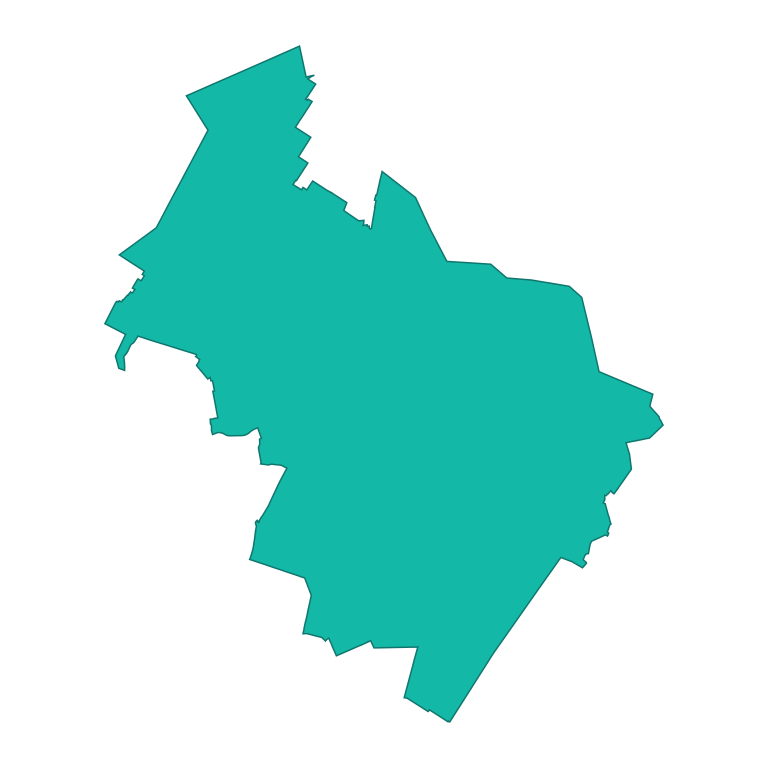 the district of Midden-Drenthe, Drenthe, Netherlands
{"feature_id": "6326949B32039619343175", "entity_name": "Midden-Drenthe", "entity_type": "district", "adm_level": 2, "iso_a3": "NLD", "parent_name": "Netherlands", "parent_adm1": "Drenthe", "projection": "orthographic", "projection_center": [6.517, 52.871], "detail": "fine", "context": "isolated", "style": "filled", "palette": "teal", "viewbox_px": 768, "rotation_deg": 0, "n_neighbors": 0, "source": "geoboundaries", "source_scale": "gbopen_adm2", "svg_char_len": 5790}
<svg xmlns="http://www.w3.org/2000/svg" viewBox="0 0 768 768"><path d="M119.3,254.9L144.3,271.1L142.6,273.8L142.2,274.3L144.3,275.8L141.1,280.8L138.0,278.9L137.9,278.9L137.4,279.6L134.0,285.3L132.4,288.1L134.9,289.4L132.6,292.8L132.4,293.0L130.7,292.1L130.5,291.9L129.2,293.8L129.1,293.7L128.0,295.4L127.6,295.1L126.4,296.4L123.1,300.1L122.7,299.9L121.5,301.9L119.2,300.8L118.5,302.0L117.0,301.3L116.5,301.5L115.6,302.7L104.9,323.7L125.6,334.4L125.1,335.4L115.4,355.9L118.8,368.3L124.6,370.4L124.6,370.0L124.7,366.9L124.6,365.4L124.5,363.2L124.4,361.7L123.9,357.6L123.7,357.0L123.7,356.7L123.9,356.4L124.3,355.9L125.2,355.0L126.0,354.0L126.4,353.5L126.8,352.9L127.9,351.1L128.1,350.6L128.3,350.2L129.0,348.6L130.6,345.2L130.9,344.8L131.1,344.5L131.3,344.3L133.3,342.9L133.8,342.5L134.1,342.1L135.5,340.0L138.0,336.1L151.5,340.5L163.5,344.2L196.2,354.4L196.5,355.9L195.7,356.5L199.6,359.5L199.1,360.0L199.0,360.5L198.8,361.9L198.6,362.4L198.0,362.9L197.7,363.7L197.4,364.2L196.6,365.0L196.5,365.5L204.5,375.0L206.2,377.1L207.8,379.0L210.2,377.5L210.9,380.8L212.5,380.7L213.5,385.5L213.4,385.4L214.5,390.9L212.8,391.2L215.2,403.7L215.9,407.7L216.2,409.3L217.8,417.9L214.2,418.4L213.8,418.5L213.5,418.8L213.4,418.9L210.7,419.2L210.2,419.1L210.1,419.3L210.6,422.7L210.4,422.7L210.5,424.0L210.8,424.6L211.1,424.9L211.5,425.4L211.5,426.4L211.4,426.9L211.5,427.5L211.5,430.9L211.7,431.4L211.8,431.5L212.0,432.7L212.6,434.5L213.1,434.3L213.8,434.1L215.9,433.2L217.1,432.8L217.7,432.7L218.4,432.6L219.5,432.6L220.2,432.6L221.1,432.8L221.8,433.0L222.6,433.2L223.0,433.4L225.8,434.9L226.6,435.3L227.3,435.5L228.2,435.7L228.9,435.7L230.0,435.8L241.9,435.6L243.4,435.4L244.3,435.3L245.3,435.0L246.3,434.6L247.0,434.2L247.7,433.8L248.6,433.3L250.4,431.7L251.0,431.2L252.5,430.2L254.1,429.3L255.1,428.8L256.6,428.2L257.7,427.8L261.4,438.3L259.6,439.1L259.5,439.3L259.8,444.1L258.6,447.1L258.4,447.8L261.1,462.8L260.6,463.9L268.0,464.9L268.8,464.9L269.3,464.8L271.0,464.2L271.6,464.2L281.0,465.2L282.5,465.9L283.9,466.6L286.9,468.2L286.6,468.8L285.6,470.7L285.0,471.7L284.8,472.1L282.9,475.7L282.1,477.1L279.5,482.1L278.4,484.4L276.0,489.4L275.3,491.1L274.1,493.5L271.6,498.8L268.6,505.4L267.7,507.0L266.6,508.9L262.7,515.3L261.3,517.5L261.2,517.4L260.0,519.4L259.2,521.0L259.2,521.5L259.0,521.3L258.6,522.3L258.1,521.9L257.8,521.5L257.6,521.5L257.9,521.2L257.5,520.7L257.2,520.3L256.4,521.1L255.6,522.1L255.5,522.4L255.5,522.7L255.5,523.0L255.5,523.3L255.5,523.5L256.0,524.7L256.3,525.6L256.4,526.0L256.2,526.1L256.3,526.7L256.2,527.7L255.4,531.3L255.7,531.4L255.3,533.2L255.1,534.3L254.9,536.4L254.7,538.0L254.6,538.8L253.6,545.0L253.3,547.2L252.9,549.2L251.9,552.8L251.3,554.8L250.8,556.4L250.3,557.7L249.6,559.4L304.7,578.0L311.3,595.3L309.0,606.0L308.0,610.3L307.3,614.0L306.5,617.8L306.1,619.5L305.6,621.1L304.0,628.6L304.1,628.9L303.0,633.8L303.5,633.8L305.9,633.6L306.8,633.6L312.7,635.1L314.4,635.6L322.0,637.5L322.3,637.7L322.3,638.0L325.3,640.8L325.4,641.0L327.2,639.1L328.7,638.2L329.0,638.6L329.1,638.9L330.5,642.2L330.6,642.4L331.9,645.2L332.3,646.4L336.4,655.8L359.1,645.9L360.4,645.4L360.8,645.3L370.7,640.7L374.0,647.9L413.3,647.1L413.5,647.2L417.8,647.0L416.3,652.4L413.9,661.1L412.9,665.1L404.2,697.7L406.6,698.1L407.1,698.2L407.6,698.5L428.1,711.5L428.3,711.5L428.4,711.4L429.4,709.8L448.0,721.8L448.5,721.1L449.8,721.9L493.2,653.6L531.3,599.3L538.4,589.2L560.1,558.5L560.9,557.5L570.6,561.2L571.3,561.3L582.5,567.8L586.9,562.7L586.8,562.8L586.7,562.8L583.4,559.9L583.2,559.7L584.7,555.9L586.2,553.9L588.4,553.6L590.0,545.0L590.1,544.7L590.2,544.1L591.6,541.2L600.9,537.0L604.5,535.3L605.2,535.1L605.7,535.0L607.4,536.0L607.6,535.4L607.9,535.4L608.0,535.0L608.6,533.5L608.6,533.3L608.7,533.1L608.5,532.8L608.1,532.6L607.3,532.1L607.9,530.5L608.2,529.6L608.3,529.4L609.5,525.8L609.8,525.2L610.3,524.3L611.0,524.1L610.7,523.3L610.0,521.0L609.8,520.3L609.4,518.6L609.1,517.5L607.9,513.9L607.3,511.6L605.2,503.7L603.3,503.0L604.2,500.5L604.3,500.5L604.6,500.4L604.9,498.7L604.9,498.4L604.7,497.8L604.8,495.5L604.8,495.4L605.1,495.6L606.3,495.6L606.4,495.4L606.5,495.2L607.8,494.0L608.3,493.7L608.7,493.2L610.9,490.7L611.1,491.0L611.4,491.3L612.0,492.2L612.5,492.8L613.0,493.2L614.0,493.8L617.3,489.4L617.2,489.4L620.9,484.2L631.4,469.2L629.5,454.1L626.9,445.6L626.5,444.1L626.0,442.7L649.6,438.0L663.1,425.1L662.9,424.9L662.4,424.0L661.0,420.9L660.3,419.9L659.9,419.4L659.5,418.8L659.4,418.4L659.3,418.0L659.1,416.8L657.2,414.6L649.8,406.3L652.8,394.2L643.9,390.5L630.1,384.7L599.1,371.7L598.9,371.0L598.0,366.9L592.4,341.7L590.7,334.2L589.0,327.4L581.7,297.4L569.2,286.3L531.3,280.0L514.0,278.6L506.8,278.0L492.1,265.4L490.9,264.3L490.7,264.2L446.9,261.4L438.4,245.1L430.9,230.7L426.6,221.6L425.7,219.6L422.8,213.4L417.4,201.5L415.5,197.5L382.1,171.5L381.9,172.5L379.8,181.1L379.1,184.5L379.0,184.9L378.1,188.8L377.2,193.1L376.8,194.4L376.6,195.2L376.1,195.0L375.9,195.0L374.5,200.1L376.0,200.7L374.7,207.3L375.0,207.4L374.4,210.6L373.4,216.5L372.1,224.1L371.5,228.6L369.5,228.7L369.2,226.1L367.3,226.3L367.2,224.8L363.1,225.4L363.5,224.8L363.6,224.5L363.6,224.2L363.9,220.3L363.3,220.4L359.2,220.8L358.9,221.0L343.8,210.6L346.8,202.6L332.3,193.3L332.4,193.2L330.8,192.2L330.6,192.5L328.2,190.9L328.1,191.0L327.9,190.9L312.7,181.0L306.8,189.9L303.0,187.4L301.4,189.8L296.9,186.9L296.8,187.0L293.0,184.5L295.8,180.2L296.5,180.6L297.1,179.6L306.5,165.2L307.9,163.0L298.5,156.8L310.8,137.3L295.4,127.3L299.8,120.4L300.9,118.8L303.0,115.7L312.1,101.6L308.1,99.1L307.3,100.3L305.5,99.2L307.2,96.7L307.4,96.8L308.5,95.1L315.7,84.1L311.2,81.2L307.7,78.9L308.2,78.6L310.7,77.1L311.3,76.4L312.5,76.1L313.6,75.6L314.3,75.2L306.1,77.0L299.5,46.1L242.8,71.1L186.4,95.8L208.0,130.2L182.3,178.7L182.0,179.3L172.5,197.0L156.3,227.8L119.3,254.9Z" fill="#14b8a6" stroke="#0f766e" stroke-width="1.5"/></svg>